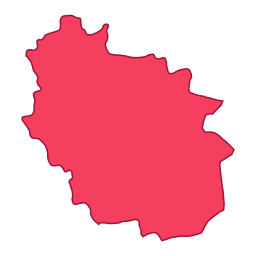 the district of Lyuban, Minsk, Belarus
{"feature_id": "67162791B60458568388386", "entity_name": "Lyuban", "entity_type": "district", "adm_level": 2, "iso_a3": "BLR", "parent_name": "Belarus", "parent_adm1": "Minsk", "projection": "orthographic", "projection_center": [28.032, 52.73], "detail": "fine", "context": "isolated", "style": "filled", "palette": "rose", "viewbox_px": 256, "rotation_deg": 0, "n_neighbors": 0, "source": "geoboundaries", "source_scale": "gbopen_adm2", "svg_char_len": 3334}
<svg xmlns="http://www.w3.org/2000/svg" viewBox="0 0 256 256"><path d="M180.2,236.2L184.2,236.2L188.6,236.2L192.9,235.4L197.6,234.2L201.4,232.7L203.6,229.3L204.3,227.1L207.7,221.5L211.3,218.3L215.7,214.9L220.0,211.7L223.6,210.0L224.1,204.2L223.1,191.6L222.0,184.8L220.8,174.9L219.8,165.9L220.2,161.8L226.5,157.7L231.8,154.3L233.9,149.6L232.3,148.0L228.8,144.4L226.1,141.8L222.7,139.2L219.6,136.2L215.5,133.2L211.3,132.1L204.9,132.1L202.2,127.9L203.3,122.3L205.6,115.1L209.0,113.9L212.7,113.9L216.5,109.8L221.0,105.2L222.8,101.1L222.2,101.1L215.7,99.8L211.7,98.5L209.4,98.0L205.5,97.1L203.4,96.2L199.8,95.7L195.8,94.7L193.6,93.9L190.6,92.8L189.2,91.3L188.8,89.2L189.1,85.6L189.6,82.2L190.2,79.3L191.5,77.5L191.2,74.2L190.3,71.5L188.7,69.4L186.7,68.8L184.5,69.1L182.7,69.4L179.7,70.0L176.9,71.2L175.1,72.3L172.6,73.6L170.3,73.6L168.5,73.0L167.8,70.9L167.5,68.8L166.6,66.4L166.4,61.8L165.0,58.2L162.6,57.7L160.4,58.6L158.5,59.1L156.1,58.5L154.9,57.2L154.3,55.5L153.0,54.2L149.7,54.6L147.3,55.6L145.9,56.5L143.4,57.0L140.8,57.4L137.8,57.6L133.4,57.6L129.3,57.0L125.3,55.9L121.0,55.3L117.2,55.1L113.7,54.8L109.5,53.9L107.7,51.5L106.4,48.5L105.4,46.0L105.4,43.2L107.0,40.7L107.4,39.0L107.8,37.0L107.8,35.7L107.3,33.6L106.7,31.6L106.7,29.8L107.9,27.4L108.5,25.9L107.9,24.6L106.6,24.1L104.8,24.5L103.2,25.8L103.0,27.6L102.6,28.2L101.4,29.5L99.8,30.9L97.0,32.5L94.1,33.9L91.4,34.8L87.4,34.8L86.2,33.5L85.2,30.9L84.0,29.5L82.1,28.6L81.4,27.2L80.9,23.3L80.7,19.8L80.0,18.3L77.9,18.0L76.4,17.8L74.2,16.6L71.5,15.4L68.1,15.6L66.1,15.7L62.7,16.3L61.2,18.0L60.3,19.9L60.4,23.2L60.5,26.5L60.2,28.6L59.2,30.2L57.3,31.0L54.4,32.0L51.5,32.8L48.5,33.8L45.3,35.2L44.1,37.0L42.9,38.7L41.5,39.9L40.0,39.9L38.4,39.6L37.0,40.8L37.0,43.0L37.3,44.5L37.7,46.7L36.9,48.4L35.3,49.8L33.5,50.4L30.9,49.8L28.4,49.8L27.0,50.6L26.4,52.5L26.2,54.7L26.1,56.0L26.8,56.1L28.1,58.1L30.3,60.7L31.8,63.9L32.6,66.7L33.5,70.5L34.8,72.3L36.4,74.6L37.9,76.7L37.9,78.5L37.1,80.5L37.1,82.0L38.0,84.6L39.8,86.7L41.0,88.0L40.9,89.8L39.8,90.6L37.9,91.2L35.8,91.7L34.6,92.4L33.5,93.7L33.5,94.9L33.8,96.6L34.7,99.2L35.0,100.6L34.2,104.6L34.1,107.6L34.1,110.6L33.2,113.0L32.6,114.5L29.4,116.0L27.1,116.2L23.4,116.8L22.4,117.4L22.1,118.6L22.3,120.1L23.4,121.7L24.8,123.4L26.1,125.3L27.4,127.2L28.8,129.6L29.8,131.6L29.8,134.3L30.6,136.2L32.0,137.8L33.7,138.2L35.8,138.2L38.7,138.9L39.8,139.6L42.0,141.6L43.5,143.3L45.2,145.2L46.4,147.9L47.7,152.4L47.7,154.3L47.8,157.5L48.5,160.7L49.6,162.7L50.9,164.8L52.3,165.6L54.0,165.7L55.4,165.8L57.3,165.3L59.4,165.0L60.9,166.0L62.4,167.6L63.2,168.6L63.9,170.2L65.0,171.6L66.2,171.9L67.6,171.0L68.6,170.3L71.2,170.9L71.7,171.3L72.0,173.0L72.0,174.6L72.4,175.5L72.6,177.3L71.8,179.1L70.8,179.3L69.4,180.8L69.2,182.2L70.3,184.8L70.9,187.4L72.1,190.6L72.6,193.5L72.6,196.5L72.1,199.6L72.6,201.6L73.5,203.8L76.1,204.3L78.4,203.8L80.2,203.3L82.9,202.7L85.5,202.9L87.9,205.0L88.9,206.7L90.1,208.5L90.6,210.2L90.6,211.8L90.6,214.0L91.8,216.7L92.7,218.4L93.9,220.0L95.4,221.6L97.1,222.9L98.9,224.4L99.4,223.0L104.0,222.7L108.7,223.5L112.1,223.5L118.4,223.0L122.5,221.5L128.3,221.0L131.7,220.3L136.1,219.3L139.2,221.3L139.2,225.1L141.2,230.5L141.0,234.1L143.1,236.6L148.0,233.9L153.1,232.6L155.3,232.6L158.0,234.3L159.9,237.2L161.9,240.6L166.2,239.4L171.3,237.5L175.5,237.0L179.3,236.2L180.2,236.2Z" fill="#f43f5e" stroke="#9f1239" stroke-width="1.5"/></svg>